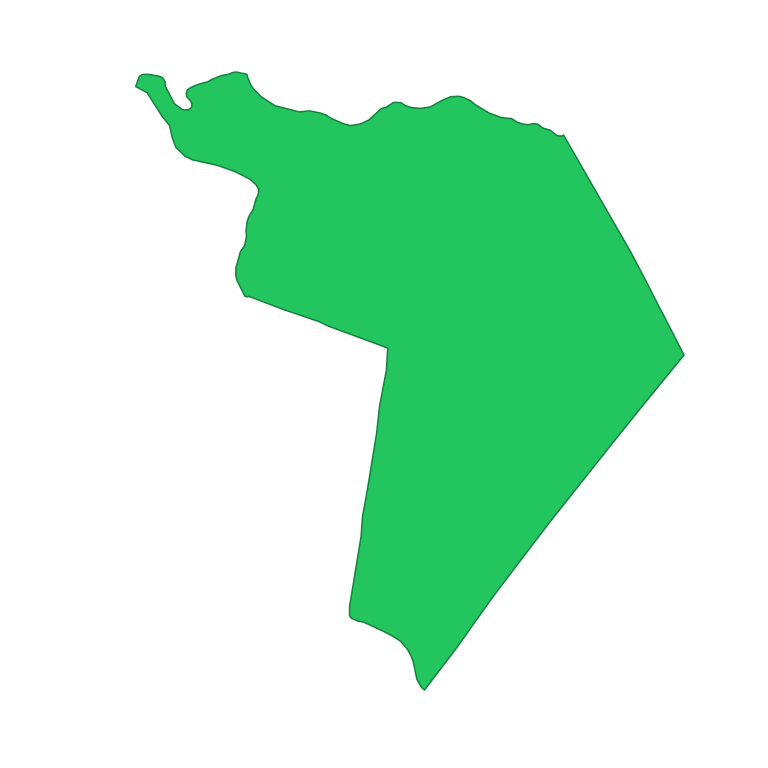 outline of Tacaná, San Marcos, Guatemala, rotated 189°
{"feature_id": "79465075B77121462598505", "entity_name": "Tacaná", "entity_type": "district", "adm_level": 2, "iso_a3": "GTM", "parent_name": "Guatemala", "parent_adm1": "San Marcos", "projection": "orthographic", "projection_center": [-92.043, 15.294], "detail": "fine", "context": "isolated", "style": "filled", "palette": "green", "viewbox_px": 768, "rotation_deg": 189, "n_neighbors": 0, "source": "geoboundaries", "source_scale": "gbopen_adm2", "svg_char_len": 1931}
<svg xmlns="http://www.w3.org/2000/svg" viewBox="0 0 768 768"><g transform="rotate(189 384 384)"><path d="M675.8,639.0L663.6,634.7L644.9,613.5L636.3,605.8L631.4,593.5L626.6,585.2L616.2,577.8L608.0,575.4L583.4,574.0L564.0,570.4L548.1,565.2L541.5,560.7L538.0,556.4L538.0,550.9L539.3,547.1L540.7,535.3L543.3,529.6L544.7,522.8L544.2,513.1L542.9,508.7L543.3,499.0L546.5,492.3L548.4,475.7L547.5,468.7L545.7,463.7L537.6,452.4L535.0,448.9L532.6,448.7L531.0,449.4L494.3,441.7L458.2,435.5L447.8,432.4L386.0,420.1L383.8,398.2L384.9,362.2L383.6,333.8L383.9,274.3L384.5,249.9L382.8,230.3L383.2,158.8L381.8,149.6L379.5,147.5L372.2,145.7L367.3,145.7L348.0,140.3L336.1,136.4L327.2,132.4L319.2,125.6L314.8,119.7L311.8,114.5L305.3,97.4L299.5,90.2L296.1,88.1L271.1,134.5L263.4,150.0L257.8,161.5L253.4,170.2L246.3,184.5L242.1,192.7L237.3,201.8L199.4,272.2L151.6,356.9L125.6,402.3L92.2,459.5L117.9,494.7L124.8,503.9L139.3,523.9L160.6,552.5L245.6,658.0L247.0,656.7L251.7,656.3L259.8,660.7L267.4,661.7L272.8,664.7L276.5,664.7L282.4,662.6L288.5,662.6L293.7,663.5L299.4,666.1L309.3,665.5L322.3,668.0L337.7,674.2L342.8,677.3L350.5,679.5L355.3,679.9L363.1,678.2L371.6,672.8L381.5,665.0L390.7,662.0L400.0,661.3L406.3,662.3L411.1,664.5L417.1,664.0L419.2,663.1L424.6,658.1L429.8,655.5L440.3,642.4L447.6,637.3L457.4,634.0L464.0,634.5L477.8,638.1L483.7,640.7L489.5,641.7L500.3,642.1L510.3,639.5L535.1,641.8L549.9,648.3L558.8,654.9L561.6,657.7L563.7,660.8L566.6,665.5L567.9,668.4L569.8,668.7L573.7,668.7L577.5,669.1L580.8,668.6L583.6,667.1L586.9,665.2L591.2,663.9L594.4,662.3L600.8,658.5L605.7,654.8L615.6,650.3L621.5,646.4L624.4,643.6L624.8,640.0L623.6,636.7L619.8,633.7L618.5,632.3L617.6,630.5L617.2,628.4L617.4,627.1L618.8,625.4L619.8,624.6L622.2,623.8L623.6,623.5L625.4,623.5L627.0,623.9L634.8,628.0L646.5,643.8L647.5,648.3L650.8,652.0L654.7,652.9L665.4,653.0L671.2,651.9L673.8,649.4L675.8,639.0Z" fill="#22c55e" stroke="#15803d" stroke-width="1.5"/></g></svg>